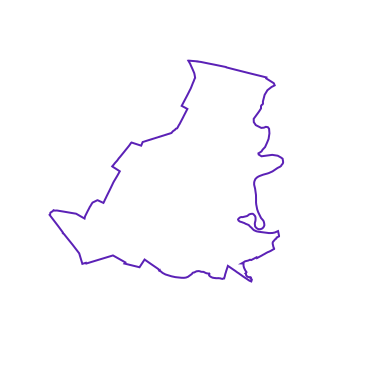 Dridu, Ialomita, Romania (Albers equal-area conic projection), rotated 53°
{"feature_id": "2599482B72260409838364", "entity_name": "Dridu", "entity_type": "district", "adm_level": 2, "iso_a3": "ROU", "parent_name": "Romania", "parent_adm1": "Ialomita", "projection": "albers", "projection_center": [26.481, 44.685], "detail": "fine", "context": "isolated", "style": "outline", "palette": "violet", "viewbox_px": 384, "rotation_deg": 53, "n_neighbors": 0, "source": "geoboundaries", "source_scale": "gbopen_adm2", "svg_char_len": 5747}
<svg xmlns="http://www.w3.org/2000/svg" viewBox="0 0 384 384"><g transform="rotate(53 192 192)"><path d="M262.3,231.4L262.5,231.1L262.8,230.8L263.1,230.6L263.6,230.5L264.1,230.2L264.6,229.9L265.4,229.5L266.3,228.7L266.9,228.1L267.5,227.5L267.5,227.4L267.8,227.4L267.8,227.5L268.0,227.6L268.1,227.8L268.3,228.0L268.6,228.4L269.0,228.5L269.5,228.5L269.8,228.4L270.0,228.4L270.3,228.3L270.6,228.2L270.8,228.1L271.1,228.0L271.4,227.9L271.8,227.7L272.1,227.5L272.5,227.3L273.0,227.0L273.1,226.8L273.7,226.3L274.0,226.1L274.4,225.6L274.6,225.4L274.9,225.1L275.0,224.9L275.3,224.7L275.5,224.4L276.1,223.6L276.3,223.3L276.4,223.2L276.6,222.9L276.8,222.6L277.1,222.4L277.3,222.1L277.9,221.4L278.3,221.2L278.8,220.8L279.5,220.2L279.7,219.9L279.8,219.8L279.9,219.7L279.9,219.3L279.9,219.1L280.0,218.6L280.3,218.3L280.2,218.2L279.3,216.9L278.9,216.4L277.7,215.0L276.5,213.3L275.6,212.1L273.4,208.9L272.6,207.8L274.6,207.1L277.0,206.3L279.7,205.4L281.1,204.9L282.2,204.6L283.8,204.1L285.0,203.6L285.9,203.4L287.6,202.8L289.9,202.1L292.6,201.2L293.9,200.7L295.4,200.2L297.2,199.6L297.4,199.5L299.1,198.5L298.2,197.2L297.9,196.9L297.7,196.9L297.4,196.9L297.1,197.0L296.8,197.2L296.6,197.3L296.4,197.3L296.1,196.9L295.9,196.5L295.7,196.5L295.3,196.5L295.0,196.8L294.8,197.2L293.5,198.4L293.1,198.6L292.6,198.7L292.2,198.8L291.8,198.9L291.3,198.8L290.9,198.8L290.8,198.7L290.4,198.5L290.2,198.4L289.9,198.3L289.7,198.1L289.4,198.1L289.2,198.2L289.0,197.1L288.9,196.8L288.7,196.7L286.6,196.6L284.1,196.1L283.4,195.9L282.8,195.6L282.0,195.3L280.9,194.5L279.9,193.7L279.3,194.9L278.9,195.4L279.1,193.8L279.2,193.4L279.2,192.5L279.3,191.3L280.6,188.3L281.0,186.4L281.9,185.8L282.0,185.6L283.0,179.7L283.9,179.9L284.1,178.5L284.4,176.5L284.7,174.7L284.8,173.8L284.9,172.9L285.0,172.3L285.1,171.7L285.2,171.3L285.2,170.7L285.6,167.9L286.0,166.5L286.4,164.6L286.7,161.9L286.8,160.9L286.9,160.7L286.7,160.5L285.6,160.2L285.1,160.1L284.7,160.0L284.1,159.7L283.4,159.4L283.0,159.2L282.5,159.0L282.0,158.8L281.7,158.6L281.5,158.4L281.2,158.2L280.8,157.8L280.6,157.4L280.5,157.1L279.9,154.4L279.8,153.9L279.9,152.8L279.8,152.4L279.7,152.2L279.5,151.9L279.3,151.8L279.8,149.2L279.3,148.8L275.0,146.8L274.2,150.2L273.1,152.5L271.1,155.3L269.8,156.6L266.2,160.3L263.3,163.2L262.1,164.2L259.8,165.5L258.4,165.8L256.3,166.0L254.5,166.4L252.5,166.6L251.1,167.4L249.7,168.3L248.3,168.9L247.1,169.7L246.4,170.1L244.5,171.5L243.0,172.0L242.2,171.9L241.6,171.7L241.3,170.8L241.2,169.2L241.4,168.3L241.8,167.5L242.3,167.0L242.7,166.3L244.3,162.6L244.4,161.5L244.3,160.1L244.5,159.2L244.9,158.2L245.5,157.2L246.0,156.6L246.8,156.3L248.9,156.1L250.2,156.4L251.0,156.9L252.1,157.7L253.3,158.8L254.0,159.8L255.3,161.1L255.9,161.4L257.5,162.3L258.6,162.3L259.9,162.1L260.8,161.8L261.9,161.1L262.8,159.9L263.2,158.8L263.4,157.7L263.2,156.3L262.8,155.3L262.6,155.0L262.1,154.2L261.0,153.5L259.4,152.7L258.0,152.3L257.1,152.3L254.3,152.5L248.0,151.3L245.1,150.4L240.6,148.2L238.8,147.1L236.6,145.4L232.9,142.7L227.3,139.6L223.6,138.0L221.9,136.7L221.0,135.7L219.8,133.6L219.5,131.6L219.6,129.8L219.9,128.4L221.0,124.7L222.6,120.7L223.1,119.2L224.0,115.3L224.3,109.2L224.8,106.4L224.8,105.6L224.7,104.9L224.3,104.1L224.2,103.6L224.1,103.0L223.8,102.2L223.3,101.5L222.4,100.9L222.1,100.7L219.9,99.6L218.0,100.2L214.6,101.7L210.6,105.6L205.3,115.0L202.2,116.2L201.1,115.7L201.3,113.9L201.4,112.0L200.7,110.2L200.1,106.6L197.8,102.4L195.7,98.9L191.8,94.9L187.9,92.4L185.9,92.4L184.4,93.8L183.9,95.8L182.5,98.1L177.0,100.8L173.4,100.6L170.7,98.7L168.1,90.1L166.8,86.6L164.9,85.2L164.4,83.9L164.5,82.9L164.2,82.2L162.4,80.9L158.1,75.5L156.1,70.5L156.0,65.3L156.6,61.8L154.5,61.2L153.8,61.4L150.9,62.5L145.9,64.4L145.3,63.6L138.4,69.2L138.3,69.3L130.3,75.8L127.8,77.8L119.5,84.5L113.1,89.6L112.7,89.6L103.4,97.8L99.4,101.4L93.4,106.7L91.0,109.2L90.9,109.1L85.0,115.7L84.9,115.9L87.5,116.2L88.9,116.4L89.5,116.6L93.6,117.5L96.9,118.3L98.5,118.7L98.9,118.9L100.0,119.4L102.7,120.8L102.7,121.0L103.3,122.0L103.9,123.0L104.5,123.9L105.5,125.7L106.3,127.0L107.1,128.3L107.9,129.6L108.7,131.0L109.5,132.7L111.0,135.7L112.2,138.2L117.0,148.4L120.2,146.9L122.9,145.7L126.6,153.4L126.7,153.6L126.8,153.7L130.2,160.9L130.4,161.3L130.5,161.7L130.6,162.0L130.8,162.5L131.4,163.7L131.8,164.6L132.1,165.3L132.2,165.5L132.0,166.1L131.8,166.7L131.8,167.0L132.0,167.9L132.1,168.5L132.0,169.7L132.0,170.3L132.0,170.8L132.2,171.7L132.4,172.5L132.5,172.9L122.4,201.3L124.4,204.7L116.1,210.5L116.1,211.0L116.5,212.3L117.1,214.1L117.3,214.9L118.0,217.6L118.5,219.7L119.0,221.6L120.7,228.5L121.0,230.0L121.1,230.4L121.3,231.0L121.9,232.9L122.2,234.6L122.6,236.6L123.0,237.9L123.5,240.3L124.0,240.2L127.1,239.0L132.0,237.2L134.0,241.7L135.3,244.9L136.0,246.6L136.5,247.9L137.5,250.0L137.8,250.5L141.0,256.7L141.8,258.3L142.8,260.3L144.2,263.1L144.7,264.0L146.0,266.6L146.9,268.2L147.4,269.3L142.0,272.2L141.7,272.4L141.6,272.6L140.6,277.8L141.2,279.5L142.1,281.6L142.5,282.8L143.0,283.7L144.4,286.7L146.3,290.5L147.0,291.9L147.6,292.7L148.5,293.8L144.1,295.7L140.1,297.4L139.5,297.7L137.1,300.0L130.1,306.6L125.5,311.0L125.1,311.6L124.2,312.9L123.9,313.1L123.3,313.4L123.2,313.5L123.4,314.4L123.5,314.8L123.3,316.8L123.3,317.2L123.3,317.5L123.7,318.0L124.2,318.5L124.6,318.9L124.6,319.5L139.1,319.4L146.8,319.5L147.0,319.9L147.9,319.8L148.6,319.5L149.9,319.5L162.2,319.1L173.1,319.0L183.4,322.8L184.7,319.3L185.5,319.5L190.1,306.9L195.1,293.3L208.1,287.6L208.5,289.0L220.5,279.2L217.4,270.5L224.5,268.2L233.1,265.3L234.1,265.4L235.1,265.5L235.0,264.7L235.9,264.9L238.9,264.2L241.9,262.8L247.0,259.1L250.1,256.4L254.1,252.1L255.7,250.1L256.7,248.3L257.3,246.3L257.4,241.6L257.0,240.2L257.1,239.4L257.6,238.7L258.0,236.2L259.2,234.2L260.1,233.4L261.2,232.7L262.3,231.4Z" fill="none" stroke="#5b21b6" stroke-width="2"/></g></svg>